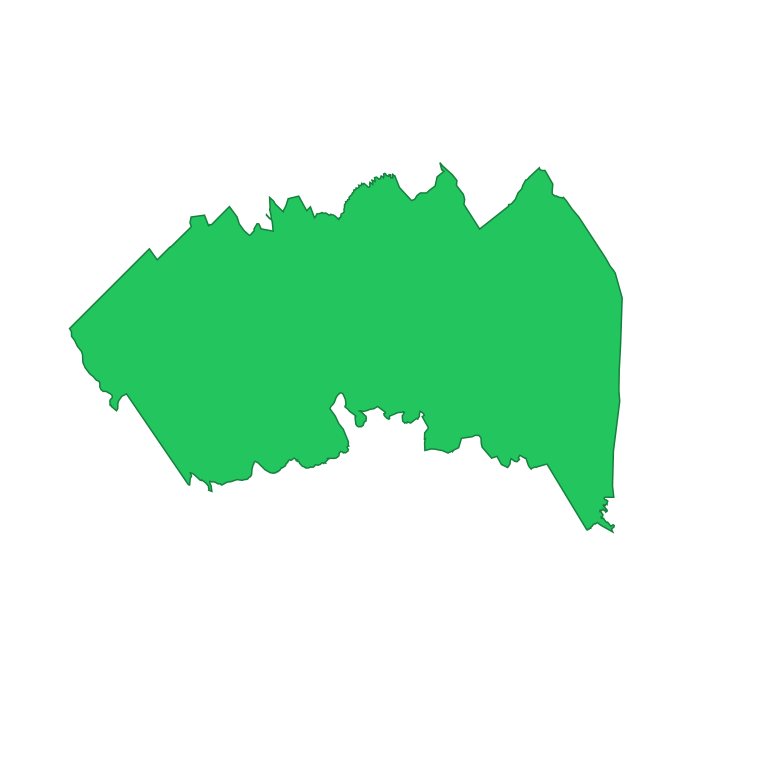 Usmas pag., Ventspils, Latvia, rotated 62°
{"feature_id": "27541924B16194119386281", "entity_name": "Usmas pag.", "entity_type": "district", "adm_level": 2, "iso_a3": "LVA", "parent_name": "Latvia", "parent_adm1": "Ventspils", "projection": "equal_earth", "projection_center": [22.177, 57.218], "detail": "fine", "context": "isolated", "style": "filled", "palette": "green", "viewbox_px": 768, "rotation_deg": 62, "n_neighbors": 0, "source": "geoboundaries", "source_scale": "gbopen_adm2", "svg_char_len": 6170}
<svg xmlns="http://www.w3.org/2000/svg" viewBox="0 0 768 768"><g transform="rotate(62 384 384)"><path d="M425.8,452.2L425.8,451.3L426.7,450.6L426.3,447.5L425.1,446.2L422.5,446.4L421.8,445.3L422.3,444.3L420.3,443.8L418.6,442.6L404.7,441.2L398.1,442.5L389.4,442.1L380.4,443.3L378.8,441.3L378.1,438.8L376.8,436.4L373.2,432.3L372.1,430.2L371.3,427.0L372.0,425.6L373.6,424.9L379.4,425.3L384.7,427.4L385.0,428.5L385.8,429.2L389.4,427.7L392.1,427.2L398.7,423.9L399.4,424.2L399.4,424.9L400.3,425.4L406.2,427.7L408.1,427.6L409.8,426.6L411.1,423.9L410.7,421.7L408.6,419.7L408.0,418.5L408.4,417.7L407.6,416.8L405.3,415.4L404.1,415.1L398.0,417.2L396.4,418.3L396.8,417.0L398.5,415.2L399.6,410.9L399.7,408.5L401.1,404.6L400.9,400.1L409.5,396.1L410.4,396.6L410.1,398.0L411.9,398.6L415.5,397.6L417.3,396.3L417.3,395.4L415.1,394.5L415.0,394.0L415.8,385.3L416.6,383.0L417.4,381.9L417.5,380.1L418.1,379.5L418.8,379.5L418.9,380.2L420.2,381.4L420.3,382.4L420.8,382.9L425.4,384.9L428.2,384.1L428.2,383.2L429.2,382.2L428.5,381.1L431.0,378.8L429.7,371.7L430.9,370.7L429.9,369.6L429.4,368.2L426.5,366.3L425.1,364.9L428.5,363.0L430.6,363.2L430.7,365.6L443.0,365.3L444.0,365.9L446.2,371.0L451.7,374.2L451.8,373.2L454.8,375.7L461.9,379.1L463.5,372.8L465.4,369.7L470.3,363.6L475.0,359.9L475.2,355.2L475.9,355.2L475.1,353.7L475.3,348.0L468.3,341.1L472.0,330.8L472.1,327.6L474.0,324.3L477.1,323.7L482.6,326.2L486.0,327.0L500.0,323.8L500.9,318.2L510.2,318.1L515.8,314.0L513.7,310.2L511.3,308.7L509.6,306.8L513.4,305.0L515.1,303.1L514.2,299.8L512.3,300.1L510.7,297.5L515.6,294.5L516.1,293.5L523.4,294.7L525.7,294.6L528.2,294.0L527.8,293.1L528.2,289.8L529.1,288.4L529.1,287.3L531.2,277.7L607.9,273.4L608.4,272.8L608.1,272.3L608.5,271.3L607.8,270.2L608.5,269.2L607.3,268.1L607.3,267.0L606.1,264.8L606.2,264.0L606.8,263.4L606.5,260.7L610.6,258.8L622.0,251.5L618.9,251.3L618.3,248.2L617.1,247.2L616.1,247.6L615.8,248.1L616.1,250.5L611.0,251.4L610.9,252.2L610.3,252.6L606.7,253.3L605.7,253.1L605.1,254.3L604.5,254.6L604.8,254.9L604.6,255.1L603.3,254.5L603.7,253.7L602.9,252.5L601.8,252.0L598.7,252.6L598.2,253.3L597.3,253.1L596.9,252.5L598.0,251.2L597.4,250.7L597.7,249.9L597.4,249.4L599.5,248.9L599.7,248.5L599.1,247.7L599.8,247.4L601.2,248.2L601.1,246.8L600.2,246.2L594.6,247.4L593.8,247.1L594.0,246.4L595.2,245.9L594.3,244.3L595.2,243.7L593.4,242.6L592.5,241.4L590.6,242.2L589.9,243.3L588.0,243.2L587.8,241.8L591.9,234.3L581.3,230.1L550.9,212.9L509.8,183.9L500.1,179.7L482.2,169.8L461.3,157.2L419.8,133.3L394.8,127.8L391.6,128.0L386.5,129.0L377.0,129.2L328.1,133.6L318.0,135.8L307.6,137.0L303.4,138.0L303.5,138.9L301.4,141.7L298.9,143.5L298.3,144.8L295.5,146.1L293.9,145.7L286.7,141.1L271.0,141.6L269.7,144.2L267.9,145.7L266.0,145.3L269.7,159.0L270.7,161.2L270.5,163.2L273.9,168.4L276.2,170.5L278.2,175.9L282.7,181.4L284.8,187.0L284.9,187.6L284.2,189.0L284.2,189.9L285.5,190.4L292.1,226.8L262.9,229.1L259.0,226.2L253.9,224.9L242.7,226.8L238.6,224.1L231.4,225.4L218.8,229.9L214.8,230.7L222.1,232.5L224.4,231.1L226.0,239.8L233.2,245.9L234.2,252.5L235.3,256.7L232.4,262.1L233.0,266.2L235.4,270.3L234.9,273.6L217.8,278.1L205.2,276.7L205.2,277.3L202.9,277.8L203.3,278.5L206.1,279.6L205.1,281.2L202.2,280.1L201.5,281.3L202.8,281.9L202.7,282.5L201.1,283.9L198.9,284.0L198.4,284.5L198.4,285.8L200.4,286.4L201.6,287.6L200.6,287.7L199.0,288.8L200.8,290.9L201.0,291.8L200.3,292.5L197.9,293.4L197.4,295.0L197.4,295.5L201.0,296.8L197.7,299.3L199.2,298.8L202.5,300.2L199.3,301.7L200.7,302.9L202.2,303.1L203.4,304.4L202.9,305.4L197.6,307.4L197.4,307.9L198.0,308.9L196.4,309.5L198.1,311.3L196.6,313.1L198.3,313.4L199.0,315.2L197.8,316.5L199.2,318.1L198.5,319.3L200.3,320.8L200.5,322.2L201.7,323.6L202.7,327.2L204.6,327.9L204.2,329.5L205.5,330.9L205.0,332.2L206.0,332.4L207.3,334.8L209.7,336.1L211.0,337.4L213.2,338.3L213.7,339.4L213.9,342.1L216.5,344.0L216.2,345.5L217.4,346.5L217.4,346.9L213.0,348.2L211.0,349.4L209.1,351.4L209.6,352.8L205.6,355.2L205.2,356.9L203.4,358.4L203.5,360.0L202.3,363.6L203.7,365.2L204.4,367.3L193.0,365.8L194.7,370.9L178.1,371.1L175.4,381.6L180.6,386.9L183.6,391.2L184.7,392.1L174.4,395.5L170.7,395.6L165.6,397.4L174.7,401.7L176.3,403.0L182.4,404.7L185.6,406.1L184.2,407.1L179.4,408.3L179.7,408.5L184.4,407.3L186.1,406.1L188.2,406.5L197.0,410.1L189.4,419.6L183.8,419.4L182.9,420.8L186.1,426.0L187.7,426.6L189.8,432.6L189.3,433.2L183.0,435.5L174.7,436.7L167.6,435.3L154.8,437.2L162.4,461.7L161.4,463.1L161.8,464.6L150.7,463.2L146.0,475.9L150.5,479.6L154.3,480.2L155.0,481.3L163.0,508.2L162.6,508.5L167.9,526.0L154.5,527.7L187.4,635.6L191.0,635.4L195.2,637.5L200.2,636.7L206.8,637.0L213.5,635.8L216.7,636.5L223.8,639.8L229.4,640.2L236.8,639.0L240.9,637.3L245.6,636.2L247.5,634.6L248.4,634.3L250.6,634.8L253.0,636.3L256.1,636.5L258.7,635.4L260.0,633.0L264.2,630.2L266.1,629.5L268.0,630.0L268.6,630.6L269.2,632.8L270.0,633.8L274.0,635.8L275.0,634.9L275.7,635.3L282.0,632.8L280.8,630.7L276.2,628.1L274.2,626.1L271.7,621.1L271.9,616.0L381.0,604.0L381.9,603.0L376.5,599.5L375.0,597.2L371.5,596.7L373.5,594.9L375.9,593.7L382.6,591.5L383.6,590.3L383.1,590.0L383.3,589.8L387.2,587.9L392.1,586.9L393.3,587.7L394.5,587.7L395.4,588.7L398.0,586.4L392.9,584.5L389.4,584.2L388.2,583.5L389.7,581.9L390.8,579.7L394.4,577.3L395.2,575.3L396.4,575.2L397.1,574.6L397.0,568.5L398.4,564.9L399.4,558.7L402.3,554.6L402.8,553.1L402.7,552.2L403.5,550.9L403.9,549.0L403.1,547.2L403.1,545.4L402.0,543.6L397.5,540.7L394.2,537.8L393.6,536.7L392.2,535.4L391.8,534.1L394.1,532.3L403.9,529.3L408.9,526.1L410.9,523.4L411.6,521.0L411.1,519.8L411.7,519.0L411.2,517.6L411.4,516.9L409.8,513.7L410.3,513.2L410.0,509.7L408.1,507.3L408.2,506.1L407.0,504.8L407.1,504.2L406.6,503.6L406.7,502.5L407.6,502.2L407.8,501.4L407.2,498.2L408.2,497.6L410.5,497.4L410.2,496.3L410.6,495.9L411.6,496.6L413.4,495.5L414.5,495.7L417.8,494.9L419.0,494.2L419.5,493.4L421.4,492.6L422.6,490.3L422.8,488.2L424.2,485.4L423.9,483.8L423.0,482.5L424.8,480.3L425.1,478.0L424.4,475.4L425.9,474.6L425.7,473.5L426.5,472.6L425.3,472.3L424.6,469.4L423.4,469.0L423.9,468.4L423.6,468.1L424.2,468.0L424.5,466.1L426.1,463.3L426.9,461.1L426.5,458.2L425.6,457.0L423.9,455.9L423.3,453.8L424.3,452.8L425.8,452.2Z" fill="#22c55e" stroke="#15803d" stroke-width="1.5"/></g></svg>